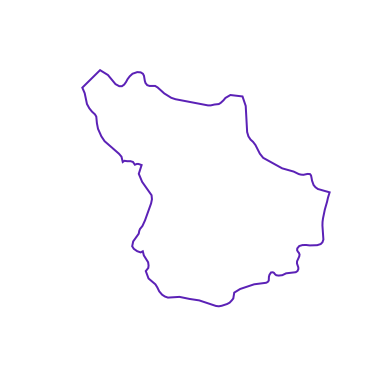 an SVG outline of Brasov, rotated 201°
{"feature_id": "ROU-305", "entity_name": "Brasov", "entity_type": "County", "adm_level": 1, "iso_a3": "ROU", "parent_name": "Romania", "parent_adm1": "", "projection": "albers", "projection_center": [25.29, 45.778], "detail": "fine", "context": "isolated", "style": "outline", "palette": "violet", "viewbox_px": 384, "rotation_deg": 201, "n_neighbors": 0, "source": "natural_earth", "source_scale": "10m", "svg_char_len": 1997}
<svg xmlns="http://www.w3.org/2000/svg" viewBox="0 0 384 384"><g transform="rotate(201 192 192)"><path d="M202.4,281.7L198.5,283.7L197.2,285.4L195.5,288.8L194.5,291.8L190.9,296.3L179.1,299.3L172.7,291.6L162.0,267.7L159.2,264.1L156.1,261.9L153.0,260.7L149.6,258.6L142.4,252.1L137.8,249.4L116.3,246.4L104.4,247.5L98.7,247.0L96.4,247.3L94.1,248.0L90.6,250.3L88.3,251.0L86.8,250.1L85.5,248.1L84.0,245.6L81.0,242.1L78.5,240.7L75.5,239.9L63.4,241.0L63.0,235.3L62.4,231.2L61.7,223.2L60.2,214.1L59.4,210.8L58.2,207.4L52.3,194.7L52.2,191.8L53.2,189.5L56.1,187.2L63.0,184.3L66.6,183.4L69.9,182.0L72.5,180.0L73.5,177.1L73.0,175.3L71.7,174.2L70.4,173.5L69.2,172.2L68.8,170.4L68.9,168.0L69.1,165.0L68.4,162.9L65.8,159.8L65.1,158.2L65.2,156.0L66.4,154.3L75.0,149.8L77.9,146.7L81.2,145.0L83.5,144.5L85.1,145.0L86.5,145.9L87.8,146.0L89.4,145.2L90.0,142.5L89.8,140.4L88.6,136.8L89.1,135.1L90.3,133.8L100.9,128.1L112.3,118.7L116.5,113.2L115.3,107.4L116.0,105.1L117.2,102.2L119.1,100.0L123.4,96.5L126.0,94.9L128.8,94.2L146.4,93.4L155.9,91.3L166.1,89.6L176.6,84.8L179.8,84.7L183.1,85.4L187.0,87.5L190.2,90.5L193.1,92.7L201.6,95.7L206.8,101.6L205.6,105.4L206.2,107.8L207.8,110.7L214.2,115.5L216.7,119.0L218.3,117.2L222.0,117.1L226.0,118.1L228.4,119.9L229.2,124.8L226.8,134.0L227.3,136.7L227.3,138.8L226.1,142.5L225.7,148.7L226.1,166.6L226.8,170.9L228.6,174.5L242.2,183.6L248.2,189.9L248.7,199.1L252.1,199.0L253.6,198.4L255.1,197.0L257.9,198.9L260.6,198.7L263.3,197.6L266.3,196.9L267.4,195.2L270.5,199.7L273.8,201.5L291.8,208.1L296.6,211.5L302.4,217.3L305.4,222.1L308.4,228.1L310.4,229.7L314.2,231.2L317.8,233.3L321.6,236.5L327.6,245.8L331.8,250.1L321.5,272.8L312.4,271.1L302.1,265.3L297.8,264.7L295.3,265.7L293.8,268.0L293.0,271.1L292.6,274.2L291.6,277.7L289.9,281.1L286.1,284.3L282.8,285.3L280.2,284.8L278.5,283.3L275.9,278.9L274.5,277.1L272.1,275.7L269.7,275.8L264.4,277.8L261.6,277.3L253.3,274.1L245.1,272.5L240.7,272.7L208.0,278.6L205.5,279.6L202.4,281.7Z" fill="none" stroke="#5b21b6" stroke-width="2"/></g></svg>